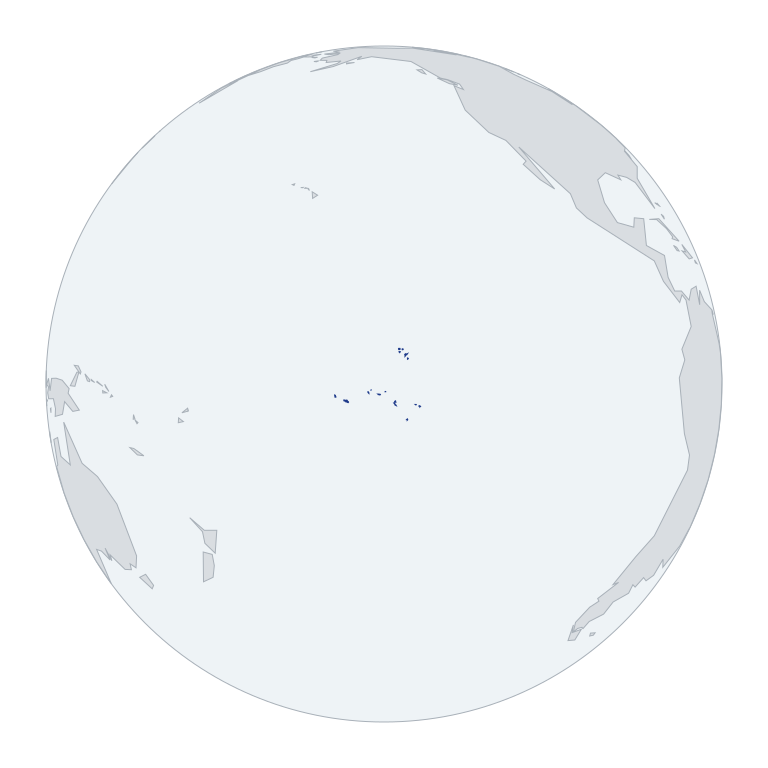 the Earth from above French Polynesia
{"feature_id": "PYF", "entity_name": "French Polynesia", "entity_type": "country or territory", "adm_level": 0, "iso_a3": "PYF", "parent_name": "Oceania", "parent_adm1": "", "projection": "orthographic", "projection_center": [-142.778, -14.829], "detail": "fine", "context": "on_globe", "style": "filled", "palette": "blue", "viewbox_px": 768, "rotation_deg": 0, "n_neighbors": 0, "source": "natural_earth", "source_scale": "50m", "svg_char_len": 7777}
<svg xmlns="http://www.w3.org/2000/svg" viewBox="0 0 768 768"><circle cx="384" cy="384" r="338" fill="#eef3f6" stroke="#a8b0b8"/><path d="M187.6,408.2L188.4,410.7L188.1,411.1L187.6,408.2ZM499.2,66.3L507.2,70.7L513.7,74.3L525.6,79.9L552.1,91.6L560.1,96.8L572.4,104.7L568.9,101.7L558.0,94.8L554.5,92.3L548.5,88.8L575.6,105.6L600.9,124.9L603.5,127.2L602.6,126.3L615.9,138.2L618.9,141.5L625.3,147.9L624.5,150.4L629.0,155.4L631.4,159.3L624.2,150.9L637.2,166.6L637.2,178.3L654.9,208.6L635.2,182.5L626.7,177.4L617.9,175.1L620.8,179.8L605.3,172.7L597.7,179.9L604.5,202.7L617.4,222.6L633.8,227.2L634.3,217.8L643.7,218.7L646.4,245.5L664.5,255.5L668.1,277.3L674.7,291.0L681.4,291.0L689.1,300.1L691.2,289.2L696.1,286.2L699.7,304.8L699.6,290.2L704.3,301.6L711.8,309.8L712.2,313.3L719.1,343.5L720.5,353.2L721.9,378.6L721.3,404.2L718.8,429.6L714.4,454.7L708.2,479.5L700.0,503.7L690.1,527.2L689.3,528.5L679.8,545.9L662.8,567.3L663.1,559.2L653.6,575.3L646.0,580.8L643.6,577.6L635.1,587.1L632.9,584.7L628.6,593.2L613.1,602.0L603.6,614.1L589.2,621.5L583.0,628.6L582.0,627.3L577.8,628.4L573.4,631.8L575.5,622.4L589.7,607.2L598.9,601.2L597.7,598.5L618.6,582.4L613.0,584.6L635.7,556.8L654.3,535.8L687.5,470.1L689.5,455.0L684.4,433.6L679.3,377.9L684.8,359.9L681.9,349.2L691.2,326.5L686.0,300.0L682.0,294.8L679.7,302.5L663.5,281.4L654.3,260.9L587.1,217.9L576.4,207.9L570.4,193.7L518.8,147.0L554.7,189.0L540.2,179.7L523.2,164.3L526.1,161.1L505.9,140.4L488.9,132.5L465.2,110.1L454.0,85.7L463.4,89.5L459.6,84.1L447.5,79.6L440.5,78.1L411.0,61.5L371.6,56.7L357.1,59.7L361.8,56.3L333.0,66.6L310.3,71.7L337.3,63.5L341.0,61.0L326.2,62.5L326.9,60.4L320.2,60.3L322.3,58.1L337.9,54.6L339.5,53.4L329.0,54.7L324.4,54.1L339.7,52.2L333.3,51.2L358.2,47.6L397.3,48.3L412.5,48.1L456.5,54.9L453.9,53.8L468.9,57.2L471.4,57.6L478.9,59.7L476.0,58.8L499.2,66.3ZM312.6,198.4L312.2,191.8L317.6,195.2L312.6,198.4ZM308.6,188.5L309.4,190.5L308.0,188.9L308.6,188.5ZM305.3,187.7L307.7,188.3L304.8,188.3L305.3,187.7ZM300.7,187.6L303.2,187.4L302.9,187.7L300.7,187.6ZM658.8,218.7L679.1,241.2L672.1,238.7L672.6,236.7L666.5,228.6L656.7,219.6L649.3,219.4L658.8,218.7ZM294.0,185.4L292.3,184.6L294.7,183.8L294.0,185.4ZM657.8,205.1L654.7,202.7L657.1,203.8L657.8,205.1ZM437.2,78.0L447.2,79.9L457.9,85.2L449.5,83.7L437.2,78.0ZM417.0,69.9L421.9,69.6L425.7,74.0L421.7,72.8L417.0,69.9ZM346.5,63.1L354.5,62.5L346.5,63.9L346.5,63.1ZM318.8,60.8L316.4,61.8L313.9,61.5L318.8,60.8ZM520.1,74.7L520.3,74.8L517.7,73.6L517.1,73.4L520.1,74.7ZM314.9,57.9L311.7,57.5L317.6,57.2L314.9,57.9ZM513.7,72.0L512.8,71.6L508.2,69.8L504.5,68.3L513.7,72.0ZM311.6,56.9L303.7,57.0L297.5,58.9L310.6,54.4L313.0,55.2L321.3,54.3L314.3,55.7L311.6,56.9ZM469.9,57.2L465.1,56.0L464.8,55.9L469.9,57.2ZM440.9,50.9L444.4,51.5L443.1,51.3L455.9,53.8L460.9,55.0L444.8,52.4L433.7,50.3L441.4,51.3L426.4,49.0L428.9,49.1L429.9,49.2L440.9,50.9ZM319.1,52.4L319.5,52.3L322.1,51.8L319.1,52.4ZM427.9,48.9L421.2,48.7L414.5,47.8L414.7,47.5L412.1,47.2L423.9,48.4L427.9,48.9ZM568.0,640.6L573.4,624.9L572.2,632.6L581.3,629.3L574.8,640.0L568.0,640.6ZM590.5,633.1L595.1,632.8L593.3,635.2L589.7,636.0L590.5,633.1ZM303.2,55.9L310.6,54.4L297.5,58.9L291.2,60.4L287.3,63.1L273.5,66.7L260.2,71.8L247.3,75.8L237.9,80.3L237.5,80.9L224.5,88.4L199.1,103.2L221.5,88.0L260.0,70.0L244.5,76.5L248.6,74.5L243.4,76.7L232.7,81.8L255.5,71.5L279.1,62.8L303.2,55.9ZM232.3,82.0L230.7,82.9L229.0,83.7L232.3,82.0ZM712.0,309.9L713.3,314.6L712.4,313.2L712.0,309.9ZM673.5,245.4L676.7,247.4L679.1,251.0L677.1,250.6L673.5,245.4ZM694.5,259.9L697.0,263.6L695.4,262.9L694.5,259.9ZM681.8,244.4L692.5,257.8L689.2,258.9L682.1,250.9L685.7,252.0L681.8,244.4ZM661.1,214.1L663.6,216.4L664.4,219.2L661.1,214.1ZM659.6,206.1L659.0,205.9L656.8,202.9L659.6,206.1ZM203.2,552.0L212.2,554.4L214.3,565.6L213.1,577.3L203.5,581.8L203.2,552.0ZM152.2,588.8L139.7,577.3L145.6,574.3L153.6,585.4L152.2,588.8ZM204.9,543.3L202.5,531.7L189.7,517.7L204.3,530.3L216.8,530.3L215.2,553.2L204.9,543.3ZM64.1,493.0L56.6,466.6L57.8,464.9L53.8,439.5L57.6,437.5L61.0,456.5L70.3,464.9L63.7,422.1L82.1,463.3L97.5,476.6L116.9,504.1L136.6,555.9L136.0,567.8L130.1,563.8L131.4,569.7L125.1,569.4L110.2,554.9L111.9,560.8L105.1,548.1L110.1,560.0L101.5,551.1L96.6,549.4L111.0,583.0L110.8,582.9L96.6,561.8L84.1,539.7L73.2,516.7L64.1,493.0ZM129.9,447.6L133.8,448.5L143.9,455.8L137.4,454.9L129.9,447.6ZM178.6,417.9L183.4,421.6L178.3,422.7L178.6,417.9ZM188.1,411.1L181.9,412.8L187.6,408.2L188.1,411.1ZM135.0,420.0L138.0,422.6L137.0,423.7L135.0,420.0ZM133.2,419.2L133.5,414.6L135.0,419.1L133.2,419.2ZM110.4,397.2L111.5,394.8L112.7,396.4L110.4,397.2ZM50.9,440.6L49.8,433.8L49.7,431.5L51.2,442.8L50.9,440.6ZM106.8,392.8L102.8,393.0L102.6,390.6L106.8,392.8ZM105.8,387.4L104.7,384.2L108.9,391.5L105.8,387.4ZM97.1,381.3L102.8,386.3L96.7,382.0L97.1,381.3ZM94.7,382.5L91.3,380.5L91.3,379.5L94.7,382.5ZM68.1,393.2L79.3,410.1L72.8,411.4L64.6,401.6L62.5,414.3L55.2,416.4L55.5,408.6L53.4,398.7L48.7,398.8L47.7,392.9L48.5,386.9L46.7,384.4L48.5,378.3L50.1,390.8L51.6,378.4L56.1,378.2L62.2,380.2L69.1,388.6L68.1,393.2ZM50.4,408.6L50.9,408.1L51.0,412.8L50.4,408.6ZM84.9,373.8L89.8,379.8L89.6,381.6L87.4,380.9L84.9,373.8ZM70.3,385.7L76.9,372.2L78.9,372.0L74.9,386.3L70.3,385.7ZM74.3,365.3L78.3,365.9L81.0,371.9L80.3,373.9L74.3,365.3ZM46.6,403.3L46.6,402.2L46.8,406.1L46.7,404.8L46.6,403.3ZM46.5,398.8L47.5,400.5L46.7,402.3L46.5,398.8ZM46.2,375.0L46.3,370.5L46.3,375.3L46.2,387.8L46.1,378.7L46.2,375.0ZM124.1,168.1L124.5,167.6L127.1,164.5L135.4,155.2L138.1,152.2L130.6,160.7L114.8,180.0L111.7,183.9L124.1,168.1ZM155.0,135.5L154.5,136.3L150.4,140.3L142.5,147.8L143.4,146.8L142.0,148.2L155.0,135.5ZM160.2,130.9L159.2,131.7L159.4,131.5L160.2,130.9ZM315.9,53.0L319.2,52.4L316.9,52.8L315.9,53.0Z" fill="#d9dde1" stroke="#a8b0b8" stroke-width="1"/><path d="M347.3,401.4L348.1,401.7L348.3,402.1L348.1,402.4L347.7,402.3L347.5,402.2L347.2,401.7L346.4,401.8L345.9,401.7L345.6,401.0L345.5,400.7L346.2,400.3L347.0,400.4L347.2,400.8L347.3,401.4ZM405.8,353.9L406.7,354.3L406.9,354.2L406.7,354.5L405.8,354.7L405.5,354.8L405.2,354.7L405.0,354.4L405.8,353.9ZM399.8,349.3L399.2,349.4L398.9,349.4L398.7,348.9L398.8,348.6L399.8,348.6L399.9,348.8L399.9,349.0L399.8,349.3ZM335.5,397.0L335.2,397.0L335.1,396.3L335.1,396.2L335.4,396.4L335.7,396.9L335.5,397.0ZM344.5,400.6L344.4,400.8L344.1,400.7L344.0,400.4L344.0,400.2L344.5,400.2L344.7,400.3L344.5,400.6ZM402.8,349.5L402.4,349.5L402.3,349.2L402.6,349.0L402.9,349.1L403.0,349.2L403.0,349.3L402.8,349.5ZM399.7,352.3L399.4,352.0L399.3,351.9L399.7,351.7L400.0,351.8L399.7,352.3ZM368.7,392.9L368.7,393.0L368.4,392.7L368.2,392.2L367.9,391.8L367.9,391.5L368.1,391.9L368.4,392.3L368.5,392.6L368.7,392.9ZM395.0,401.9L395.1,402.0L394.9,402.0L394.8,401.7L395.0,401.5L395.1,401.3L395.3,401.1L395.8,400.9L396.0,400.8L395.9,400.9L395.2,401.3L395.0,401.6L394.9,401.8L395.0,401.9ZM407.9,358.8L407.7,358.9L407.7,358.3L408.0,358.4L408.1,358.5L407.9,358.8ZM394.9,403.9L395.0,404.0L394.7,403.9L394.5,403.6L394.2,403.2L394.4,403.2L394.6,403.4L394.9,403.9ZM335.1,395.7L335.0,395.8L334.9,395.7L334.9,395.3L335.1,395.4L335.2,395.5L335.1,395.7ZM405.6,355.3L405.2,355.8L405.2,355.3L405.3,355.2L405.5,355.2L405.6,355.3ZM420.2,406.4L420.1,406.5L420.1,406.4L419.9,406.4L419.7,406.2L419.4,406.1L419.2,406.0L419.3,405.9L419.5,406.0L420.0,406.3L420.2,406.4ZM371.1,390.1L371.1,390.4L371.0,390.1L370.6,389.7L371.1,390.1ZM395.7,405.0L395.8,405.2L395.6,405.1L395.2,404.9L395.2,404.7L395.7,405.0ZM380.3,394.6L380.6,394.9L380.2,394.7L379.6,394.6L379.8,394.5L380.1,394.5L380.3,394.6ZM379.5,394.7L379.3,394.7L378.7,394.3L379.0,394.3L379.3,394.6L379.5,394.7ZM416.4,405.1L415.9,404.7L416.1,404.7L416.4,405.1ZM407.5,419.7L407.4,419.8L407.4,419.7L407.3,419.3L407.2,419.3L407.3,419.2L407.5,419.5L407.5,419.7ZM385.5,391.5L385.4,391.5L385.5,391.1L385.5,391.5Z" fill="#3b82f6" stroke="#1e3a8a" stroke-width="1.5"/></svg>